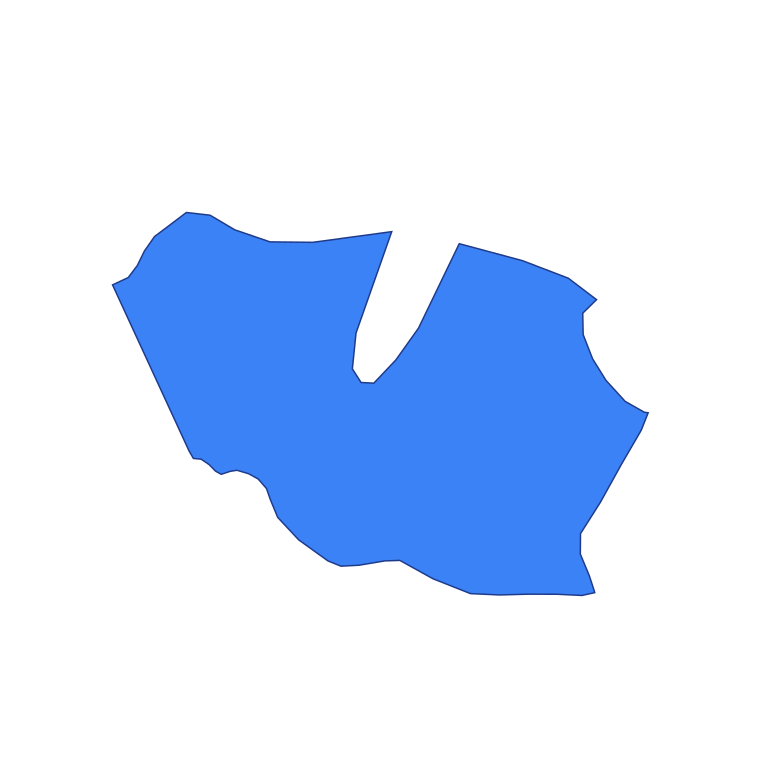 SVG path tracing the border of Struga, rotated 119°
{"feature_id": "MKD-4845", "entity_name": "Struga", "entity_type": "Statistical Region", "adm_level": 1, "iso_a3": "MKD", "parent_name": "North Macedonia", "parent_adm1": "", "projection": "natural_earth1", "projection_center": [20.642, 41.252], "detail": "fine", "context": "isolated", "style": "filled", "palette": "blue", "viewbox_px": 768, "rotation_deg": 119, "n_neighbors": 0, "source": "natural_earth", "source_scale": "10m", "svg_char_len": 998}
<svg xmlns="http://www.w3.org/2000/svg" viewBox="0 0 768 768"><g transform="rotate(119 384 384)"><path d="M225.7,244.5L244.2,233.8L260.9,213.7L273.2,191.6L282.3,164.6L282.5,142.7L281.1,139.0L299.7,136.6L339.5,137.4L382.5,137.4L419.6,139.6L437.6,129.8L452.2,111.4L460.4,102.6L464.3,98.5L468.7,103.5L472.0,107.2L472.9,108.2L484.1,130.9L497.8,155.8L512.5,180.7L525.4,206.7L530.6,246.7L530.6,268.3L530.6,284.6L538.3,297.5L547.0,308.4L554.7,318.1L564.2,333.3L565.9,347.3L561.7,383.0L552.2,412.3L540.1,427.5L532.4,436.1L528.1,448.0L528.1,458.8L530.7,470.7L534.9,476.1L541.9,482.6L541.9,489.1L539.3,497.8L538.4,507.5L541.5,514.6L537.1,522.0L428.9,669.5L414.9,659.3L403.5,657.7L400.1,657.2L383.9,658.0L366.3,656.2L356.2,651.7L329.8,640.0L320.7,618.0L321.5,589.3L315.0,552.7L294.7,515.1L247.0,451.1L352.9,433.2L386.1,419.0L393.8,404.8L388.2,393.3L357.2,385.3L318.4,380.9L224.8,386.2L209.0,322.7L202.1,273.9L202.6,270.7L207.2,239.0L225.7,244.5Z" fill="#3b82f6" stroke="#1e3a8a" stroke-width="1.5"/></g></svg>